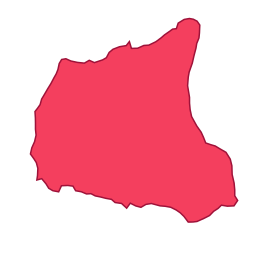 the district of Jeriquara, São Paulo, Brazil, rotated 173°
{"feature_id": "56859067B66998446193520", "entity_name": "Jeriquara", "entity_type": "district", "adm_level": 2, "iso_a3": "BRA", "parent_name": "Brazil", "parent_adm1": "São Paulo", "projection": "robinson", "projection_center": [-47.576, -20.342], "detail": "fine", "context": "isolated", "style": "filled", "palette": "rose", "viewbox_px": 256, "rotation_deg": 173, "n_neighbors": 0, "source": "geoboundaries", "source_scale": "gbopen_adm2", "svg_char_len": 1525}
<svg xmlns="http://www.w3.org/2000/svg" viewBox="0 0 256 256"><g transform="rotate(173 128 128)"><path d="M28.0,42.7L30.3,47.7L29.6,53.6L29.4,60.4L30.3,69.2L29.5,77.8L30.3,84.6L33.7,91.9L39.8,96.5L43.6,99.5L48.0,101.4L52.7,103.7L54.2,109.5L55.9,114.9L59.5,121.6L63.5,131.6L64.1,138.7L63.9,145.1L63.2,150.9L63.7,162.7L62.0,171.1L60.5,176.0L56.3,184.5L53.7,191.7L50.8,199.0L49.5,203.5L46.6,208.7L45.5,213.6L44.2,221.4L46.4,225.6L49.9,228.0L53.7,229.2L59.0,228.9L65.4,226.0L67.9,220.7L71.7,220.7L76.2,218.2L80.2,216.1L84.4,213.3L89.9,210.2L97.3,207.7L102.2,208.0L108.7,206.0L114.9,206.6L116.1,213.6L119.7,210.0L126.5,209.7L133.3,208.0L137.5,205.3L140.9,200.4L144.9,198.7L153.4,197.0L158.2,199.9L163.4,197.7L170.3,199.3L176.6,201.5L181.2,204.3L185.5,204.1L188.4,200.4L190.4,194.6L192.7,190.4L195.4,186.8L199.0,181.6L203.0,176.6L206.4,172.1L210.2,167.2L212.4,161.9L215.3,158.7L218.3,155.7L218.7,149.2L219.3,143.6L220.0,138.0L220.1,132.1L222.4,125.8L225.9,120.0L228.0,114.1L225.2,109.0L223.2,104.8L222.4,98.9L223.6,91.9L224.8,87.5L219.8,88.2L216.2,82.6L214.0,77.8L210.2,74.9L204.6,73.1L201.1,78.8L194.7,78.3L189.7,77.0L187.6,72.1L182.1,70.4L177.2,67.6L172.7,67.3L168.8,64.6L163.7,62.9L158.6,60.9L153.1,59.2L149.9,55.6L143.6,53.9L139.1,48.6L134.9,53.1L129.8,49.7L124.8,47.7L119.5,50.0L114.0,50.2L105.6,46.8L100.7,45.8L95.2,44.1L90.1,40.7L86.5,37.5L83.2,33.4L79.7,27.3L75.1,26.8L70.9,26.8L63.2,29.2L57.7,31.2L53.1,34.9L48.4,37.2L44.7,40.0L38.9,38.3L32.3,37.8L28.0,42.7Z" fill="#f43f5e" stroke="#9f1239" stroke-width="1.5"/></g></svg>